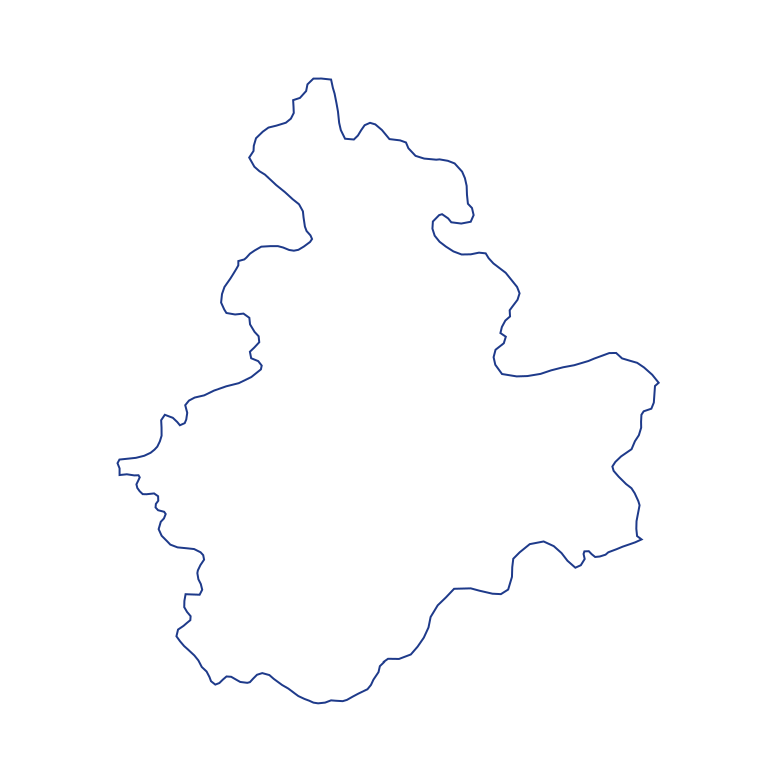 outline of Buda-Kashalyova, Gomel, Belarus, rotated 354°
{"feature_id": "67162791B74774527984565", "entity_name": "Buda-Kashalyova", "entity_type": "district", "adm_level": 2, "iso_a3": "BLR", "parent_name": "Belarus", "parent_adm1": "Gomel", "projection": "mercator", "projection_center": [30.535, 52.745], "detail": "fine", "context": "isolated", "style": "outline", "palette": "blue", "viewbox_px": 768, "rotation_deg": 354, "n_neighbors": 0, "source": "geoboundaries", "source_scale": "gbopen_adm2", "svg_char_len": 4199}
<svg xmlns="http://www.w3.org/2000/svg" viewBox="0 0 768 768"><g transform="rotate(354 384 384)"><path d="M162.3,585.7L164.3,590.1L167.4,594.7L166.7,598.6L163.2,600.9L159.3,603.6L153.5,606.7L151.2,613.2L154.3,618.6L157.8,623.7L161.6,627.9L167.0,634.1L170.5,639.5L173.2,646.4L177.5,651.4L179.8,657.2L180.9,661.5L184.8,665.3L189.0,664.2L192.9,661.1L196.8,658.4L201.4,659.2L207.2,663.4L209.9,665.3L216.8,666.9L219.5,666.5L223.0,663.4L227.3,659.9L232.7,658.8L239.6,661.5L243.5,665.7L251.2,672.7L257.0,676.9L262.8,682.3L266.2,685.4L272.0,688.9L276.6,691.2L280.5,693.5L285.1,694.7L292.1,694.7L298.3,693.1L302.5,693.9L309.8,695.1L314.1,694.3L320.3,691.6L326.0,689.3L335.7,685.8L339.6,681.9L342.6,676.9L348.4,670.0L350.4,664.2L355.0,660.6L354.8,660.2L359.3,657.7L370.2,659.0L382.4,655.8L390.0,648.7L397.1,640.4L402.8,630.8L406.0,620.6L414.3,609.7L423.3,602.7L432.3,595.0L448.9,596.3L457.2,599.5L470.0,603.9L478.3,605.2L486.0,601.4L491.1,589.2L492.4,579.6L494.3,571.3L501.3,565.6L512.2,558.5L526.3,557.3L535.9,563.0L542.9,570.7L548.0,579.0L555.1,586.7L560.8,584.8L565.3,579.0L564.7,573.9L565.8,571.4L570.2,571.7L572.7,574.9L575.9,578.1L580.6,578.1L586.5,576.9L589.5,574.8L598.0,572.6L604.4,570.7L612.3,568.9L617.3,567.7L623.9,565.5L619.8,561.7L619.8,554.4L620.8,546.8L625.5,531.3L624.7,527.1L621.9,518.8L619.2,513.5L614.3,508.8L607.7,500.7L603.3,494.4L602.5,489.9L605.9,485.7L612.2,480.8L623.4,474.7L627.6,467.1L632.1,461.6L635.2,454.3L635.7,448.5L636.8,441.5L639.4,438.3L647.3,436.5L650.4,430.7L653.3,414.3L657.3,411.5L651.7,402.8L644.3,394.7L638.0,389.4L630.6,386.4L623.4,383.4L618.1,377.4L611.2,376.8L595.7,380.7L589.7,382.5L575.1,385.2L563.8,386.1L551.6,387.9L540.8,390.3L527.4,391.1L516.7,390.3L502.4,386.4L496.7,376.5L495.8,368.8L498.5,361.6L507.4,356.0L510.1,349.7L505.1,345.5L507.2,339.6L511.3,333.6L516.4,330.0L516.7,323.8L519.7,320.5L525.6,314.2L528.3,308.0L526.5,301.4L516.7,286.2L505.4,275.5L501.2,269.8L498.8,264.7L492.2,263.3L483.9,264.1L474.7,263.3L466.9,259.4L459.8,253.7L454.1,248.3L449.9,241.8L448.4,234.6L449.6,227.5L456.5,221.8L459.5,221.2L465.1,226.0L467.8,230.2L477.6,232.5L487.2,231.7L490.8,225.4L489.9,218.2L486.3,213.5L486.3,204.5L486.9,195.6L486.0,187.8L483.9,181.0L477.3,172.0L470.8,168.7L462.7,166.4L459.5,166.4L447.5,164.0L439.2,160.4L432.9,152.1L431.1,146.1L425.5,143.4L415.0,141.0L408.5,131.2L402.5,124.9L397.4,122.8L391.8,124.6L387.9,129.1L384.0,134.2L379.6,137.7L370.9,136.0L367.6,127.0L366.7,119.6L366.7,108.2L366.1,99.9L365.2,90.0L364.1,84.1L363.2,75.7L353.8,73.7L345.7,72.9L339.2,78.0L337.2,84.5L330.3,90.7L323.3,92.2L323.0,98.8L322.6,105.0L319.1,110.4L313.7,113.9L304.0,115.8L295.9,116.9L289.8,120.4L282.4,126.2L279.4,133.5L278.6,138.6L275.5,142.4L273.6,144.7L277.8,154.4L282.4,159.4L287.5,163.3L297.5,174.8L305.6,182.9L312.5,190.7L318.3,196.4L321.4,203.8L321.4,209.9L321.8,219.2L323.0,223.8L326.4,228.5L327.6,232.3L325.3,235.0L318.7,238.9L312.9,241.6L308.3,242.0L303.7,240.8L297.9,237.7L292.9,235.8L285.1,235.0L276.3,234.6L269.3,237.7L264.3,240.4L260.4,243.9L258.1,245.5L252.0,246.5L251.5,250.8L249.6,253.5L246.2,258.0L242.3,263.0L239.0,266.8L235.5,270.8L232.3,277.6L230.5,286.0L232.9,293.2L234.7,296.9L243.2,299.3L251.6,299.3L257.0,304.1L257.0,310.7L260.7,318.6L264.3,323.4L264.3,329.4L258.8,334.2L254.0,337.9L254.6,344.5L261.3,348.1L264.3,352.9L263.1,356.6L252.8,363.2L239.6,368.0L226.9,369.8L214.2,372.8L204.0,376.5L194.3,377.7L188.3,380.1L184.1,384.3L185.3,392.1L183.6,398.7L181.7,402.1L176.7,403.7L174.4,400.2L170.5,395.6L162.8,391.7L158.6,396.7L158.2,404.1L157.4,412.2L155.1,417.6L152.0,422.6L148.9,425.3L144.7,428.0L138.1,430.3L129.6,431.5L122.7,431.5L113.0,431.5L110.7,434.9L112.2,440.3L111.5,446.9L118.8,446.9L126.1,448.8L130.3,449.1L131.3,451.3L129.6,454.2L127.3,457.9L127.8,461.6L129.8,465.1L132.5,468.3L136.2,468.8L143.9,468.8L147.6,472.0L147.3,476.5L144.6,479.4L143.9,482.9L146.1,485.9L152.0,488.1L153.3,490.5L151.1,494.7L147.6,497.7L144.7,504.8L147.0,511.7L152.0,517.9L154.7,521.4L161.6,524.9L170.9,526.8L177.9,528.3L184.0,532.2L186.3,535.3L186.7,539.9L182.5,544.9L179.4,549.9L178.6,552.6L179.0,558.8L180.9,563.8L181.7,569.6L178.6,574.3L170.1,573.1L164.7,572.3L162.8,578.9L162.0,585.1L162.3,585.7Z" fill="none" stroke="#1e3a8a" stroke-width="2"/></g></svg>